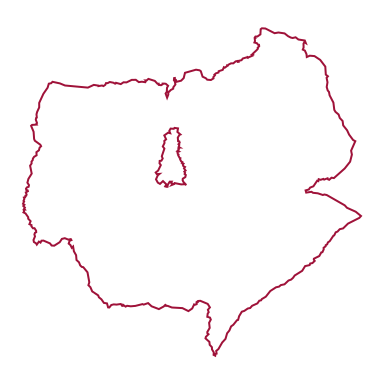 the district of Magelang, Jawa Tengah, Indonesia
{"feature_id": "22746128B50341569898666", "entity_name": "Magelang", "entity_type": "district", "adm_level": 2, "iso_a3": "IDN", "parent_name": "Indonesia", "parent_adm1": "Jawa Tengah", "projection": "mercator", "projection_center": [110.25, -7.514], "detail": "fine", "context": "isolated", "style": "outline", "palette": "rose", "viewbox_px": 384, "rotation_deg": 0, "n_neighbors": 0, "source": "geoboundaries", "source_scale": "gbopen_adm2", "svg_char_len": 5839}
<svg xmlns="http://www.w3.org/2000/svg" viewBox="0 0 384 384"><path d="M355.3,141.2L353.1,140.0L349.1,134.6L347.1,130.3L343.2,125.4L342.6,121.0L339.8,118.0L338.6,114.5L335.5,111.9L334.3,109.9L333.4,102.6L329.6,95.3L329.0,92.0L327.7,90.4L326.7,87.0L327.5,82.3L326.6,77.8L327.9,76.3L325.8,74.6L325.3,66.6L320.2,59.9L314.5,56.1L309.8,55.7L306.8,57.0L306.5,54.2L304.9,50.6L302.8,49.6L303.6,47.5L303.5,43.7L304.3,42.2L305.8,43.1L304.8,40.5L298.4,39.5L295.6,37.3L292.7,38.0L290.9,37.6L288.1,36.2L284.6,33.4L278.4,32.5L274.6,33.2L265.4,28.5L261.9,28.3L260.7,29.2L260.4,34.4L257.4,36.5L255.5,36.5L254.8,37.5L255.3,38.1L254.7,38.4L255.0,41.1L254.4,42.5L256.9,43.2L258.0,44.7L259.0,44.8L259.2,46.2L257.7,47.7L257.9,48.7L256.6,50.2L252.8,53.7L253.2,54.5L251.8,54.8L252.4,55.7L248.4,57.4L247.7,57.1L247.6,57.8L246.5,57.4L242.8,58.5L241.5,60.2L238.4,60.9L238.6,61.8L237.7,61.9L237.3,61.0L235.6,61.4L233.4,63.3L231.1,63.3L228.4,64.7L227.8,65.6L227.1,65.4L227.0,66.1L224.8,67.7L223.9,67.2L222.7,69.9L218.7,71.2L218.5,72.5L215.8,73.4L214.4,74.7L214.9,75.3L213.3,77.2L213.5,78.4L210.9,80.0L207.2,79.7L205.8,78.2L202.6,76.7L200.8,71.2L199.6,70.3L196.0,69.7L185.0,72.8L183.7,78.1L181.1,80.7L176.5,81.8L175.9,79.9L174.8,79.1L174.8,78.0L174.1,78.1L173.9,80.3L174.8,81.3L175.4,84.5L173.3,87.3L173.2,88.7L170.6,90.1L169.2,91.7L168.2,91.7L168.3,94.6L167.1,97.7L165.6,93.5L166.8,91.8L167.0,87.8L168.1,85.8L165.8,83.8L164.4,83.6L162.6,83.6L162.6,84.3L161.1,85.2L158.8,84.9L158.7,83.7L157.5,83.8L154.8,80.9L148.4,78.9L146.7,80.4L145.6,80.4L146.0,80.8L145.3,82.2L141.9,81.7L138.8,82.1L135.8,79.8L131.7,79.9L126.5,82.4L123.5,82.3L120.8,84.1L116.0,82.8L115.5,83.6L114.6,83.5L113.7,82.8L109.8,82.0L107.7,83.1L106.0,83.1L105.3,84.8L103.4,86.1L102.1,85.5L98.4,86.1L98.3,85.6L93.8,84.9L87.9,87.6L65.0,85.5L59.9,83.4L52.5,81.8L51.2,83.2L48.8,83.7L47.6,87.7L43.4,93.8L39.2,102.9L39.2,107.4L37.1,112.0L36.5,114.3L36.8,117.6L36.1,118.0L35.8,119.7L37.0,123.0L36.2,124.0L36.6,124.6L32.1,124.9L31.1,125.8L33.6,131.8L34.1,138.9L34.8,140.7L40.3,144.7L41.1,146.2L39.6,147.7L38.9,150.3L36.4,152.2L36.6,155.3L34.1,156.8L32.9,158.6L32.7,160.1L31.5,161.6L31.6,163.5L30.1,165.7L31.7,173.6L28.4,178.9L27.4,182.7L29.0,185.1L28.6,186.8L26.9,187.4L26.0,188.7L26.3,190.0L27.6,190.3L27.9,191.2L25.8,192.4L26.6,194.6L26.2,195.7L25.4,195.8L25.2,197.1L23.9,197.5L24.4,198.8L23.5,200.9L24.1,201.5L23.0,203.8L24.4,204.8L23.3,206.0L24.9,207.6L24.2,208.6L25.0,209.7L23.7,209.9L24.1,211.5L23.5,212.4L25.5,213.4L28.2,217.2L28.2,218.7L30.6,221.2L29.4,224.2L31.5,225.1L31.4,226.3L33.0,228.3L34.5,228.2L36.1,230.7L36.2,232.2L35.0,232.8L34.4,234.4L35.0,236.4L33.5,240.0L33.9,242.0L36.0,243.3L36.8,244.6L38.9,241.6L40.5,242.6L41.5,240.7L43.5,240.6L50.0,243.4L51.6,245.5L54.2,245.7L59.7,242.2L61.9,238.9L64.8,238.2L68.3,239.6L70.8,239.1L71.4,240.1L69.6,240.8L68.7,243.6L70.4,245.0L71.8,247.8L73.1,246.5L73.9,251.3L76.1,255.2L76.5,260.0L79.0,262.3L80.2,265.4L81.8,266.9L83.3,267.2L87.5,272.3L89.3,282.3L88.4,285.2L90.4,287.2L92.2,291.4L98.2,295.4L98.9,297.3L101.4,299.3L103.9,302.9L107.0,303.4L108.1,307.4L109.3,307.5L111.3,305.0L113.7,304.4L116.6,304.6L120.8,304.0L122.2,305.9L123.0,305.8L123.2,304.9L125.6,306.6L127.1,305.8L130.7,306.3L135.4,305.9L142.5,304.1L143.7,304.6L148.1,303.1L151.6,306.3L158.9,309.1L163.7,306.5L165.9,304.3L165.3,305.8L167.7,305.9L171.9,307.5L182.4,308.1L188.4,311.1L192.2,308.5L194.1,304.5L194.6,304.9L196.6,304.2L196.5,303.1L197.5,302.3L196.9,301.9L198.0,301.0L200.3,300.8L207.7,303.9L209.9,307.4L207.9,309.8L208.7,312.2L207.7,313.6L207.3,316.8L210.0,317.6L210.8,319.6L209.1,322.8L209.7,327.9L207.3,332.0L207.4,333.3L208.5,334.2L205.9,336.8L205.5,338.4L209.4,341.9L209.7,344.8L211.9,347.2L212.0,349.4L213.8,352.4L213.6,354.9L215.2,355.7L215.5,353.9L216.6,353.6L216.2,350.9L218.4,349.1L222.2,342.5L225.5,338.9L227.1,333.3L229.4,330.5L231.1,326.4L233.3,324.8L237.0,320.2L238.1,319.9L239.1,316.2L241.8,311.7L244.3,310.9L247.8,308.5L250.2,308.0L252.1,305.8L257.4,303.4L259.3,300.7L261.1,300.3L261.8,299.1L265.8,296.7L270.3,291.0L276.0,287.3L279.1,286.6L280.8,285.1L284.5,284.3L288.5,280.5L291.1,279.6L293.0,277.9L294.7,275.5L302.2,270.8L305.1,266.1L309.6,265.1L310.2,263.5L312.4,263.1L314.7,260.9L313.8,259.7L313.9,258.7L319.3,256.0L321.3,252.4L322.4,252.2L323.7,249.4L323.6,247.8L325.6,246.3L325.7,245.2L327.2,244.3L327.9,242.4L329.7,241.2L333.4,235.7L334.2,235.4L335.7,232.3L337.5,231.6L339.7,229.2L343.1,228.4L348.0,223.6L359.3,217.9L361.0,216.0L355.7,211.7L347.0,207.8L344.7,205.3L326.7,195.0L324.3,194.5L322.9,195.0L317.8,193.3L313.0,192.8L311.5,191.8L306.2,192.6L305.6,190.4L308.8,189.5L310.1,187.6L313.4,186.3L317.2,180.7L318.3,181.1L318.7,179.2L320.6,179.8L323.4,178.9L324.1,179.6L327.6,178.3L328.0,179.3L329.2,179.8L331.5,177.7L333.9,178.1L344.7,168.5L350.1,161.7L351.9,154.6L351.1,150.7L355.3,141.2ZM174.5,127.9L178.0,128.4L177.4,131.9L180.4,134.5L179.4,134.9L177.8,137.6L178.1,141.2L179.3,141.4L179.7,142.7L178.5,144.2L179.3,144.9L178.7,146.9L179.7,147.5L178.5,147.5L178.4,148.5L179.0,148.4L178.6,150.2L177.4,151.1L178.6,151.6L177.4,152.0L177.8,154.0L178.5,154.5L178.2,155.3L179.6,157.9L180.4,158.2L180.1,159.3L181.1,161.3L182.4,162.1L181.9,163.0L183.5,163.7L182.8,164.7L183.4,166.2L185.0,167.0L184.0,168.4L185.6,170.5L184.3,171.6L185.1,172.9L184.6,174.0L185.8,175.0L185.3,177.1L182.8,178.7L182.6,180.1L183.3,181.8L186.3,185.0L184.7,184.2L181.2,184.4L174.7,183.1L174.3,184.0L171.7,185.0L172.7,183.6L170.8,182.7L171.5,181.7L169.7,181.7L167.8,184.7L167.5,186.8L166.5,186.8L165.2,186.4L166.4,184.4L163.0,181.1L160.0,183.9L157.8,182.6L156.0,179.3L157.8,175.3L159.5,173.9L156.8,174.1L155.7,172.5L158.1,170.6L160.8,165.1L159.5,163.3L159.7,160.9L161.4,160.7L162.7,158.5L161.8,156.3L164.4,148.6L162.8,146.5L164.5,143.0L164.3,140.9L166.1,139.3L164.3,135.4L168.1,132.7L170.2,133.2L169.3,130.9L170.6,128.6L173.8,128.8L174.5,127.9Z" fill="none" stroke="#9f1239" stroke-width="2"/></svg>